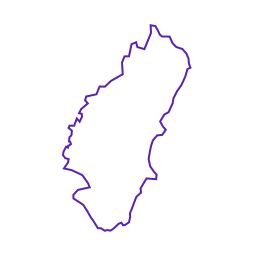 Ammadies, Nicosia, Cyprus (Mercator projection), rotated 33°
{"feature_id": "46923920B28653091355318", "entity_name": "Ammadies", "entity_type": "district", "adm_level": 2, "iso_a3": "CYP", "parent_name": "Cyprus", "parent_adm1": "Nicosia", "projection": "mercator", "projection_center": [32.711, 35.166], "detail": "fine", "context": "isolated", "style": "outline", "palette": "violet", "viewbox_px": 256, "rotation_deg": 33, "n_neighbors": 0, "source": "geoboundaries", "source_scale": "gbopen_adm2", "svg_char_len": 1407}
<svg xmlns="http://www.w3.org/2000/svg" viewBox="0 0 256 256"><g transform="rotate(33 128 128)"><path d="M75.8,124.3L77.0,128.2L80.9,129.2L78.4,137.7L78.9,142.3L81.4,141.3L83.3,143.5L84.0,149.1L79.9,147.9L81.6,155.4L77.7,157.9L78.1,160.3L82.4,160.8L83.4,162.7L84.4,164.5L84.3,166.4L83.9,167.7L85.9,171.4L86.9,171.0L88.9,172.5L88.3,174.5L87.5,175.4L88.3,177.2L86.3,177.4L86.8,182.9L88.2,186.1L91.8,187.5L95.1,186.4L96.5,189.5L96.3,196.8L103.7,194.0L115.4,192.4L124.4,196.0L128.2,198.6L119.7,207.2L118.6,213.8L120.6,216.8L132.3,216.8L139.5,220.1L141.5,221.2L146.2,223.5L149.4,224.7L157.3,228.4L160.0,226.8L164.5,226.8L166.3,224.8L169.1,223.7L170.3,221.2L171.4,217.4L172.3,213.4L174.1,211.0L176.8,212.3L178.2,211.2L180.2,206.5L178.2,201.3L176.1,198.4L174.8,191.7L173.7,187.0L172.5,181.2L174.1,175.0L171.4,171.8L171.0,160.2L179.5,155.6L177.3,151.4L174.2,150.8L167.4,148.0L162.1,142.6L159.3,136.1L157.0,130.2L155.6,124.8L156.5,118.3L160.4,115.2L160.7,109.0L156.2,107.6L151.4,105.0L151.1,97.1L153.4,92.6L152.0,83.0L150.0,78.5L149.1,70.3L149.4,62.6L148.0,53.6L145.8,46.2L147.5,43.4L144.1,40.9L141.0,36.9L136.5,33.8L130.6,32.1L124.4,33.8L119.3,32.7L113.1,28.7L106.7,32.7L103.9,32.4L99.9,29.9L95.4,27.6L91.0,29.5L95.5,35.7L98.8,52.9L91.8,55.0L88.1,51.7L85.3,55.8L89.8,67.3L86.1,69.8L87.3,76.3L94.3,85.8L88.1,97.7L86.1,105.9L81.6,108.7L83.2,116.9L75.8,124.3Z" fill="none" stroke="#5b21b6" stroke-width="2"/></g></svg>